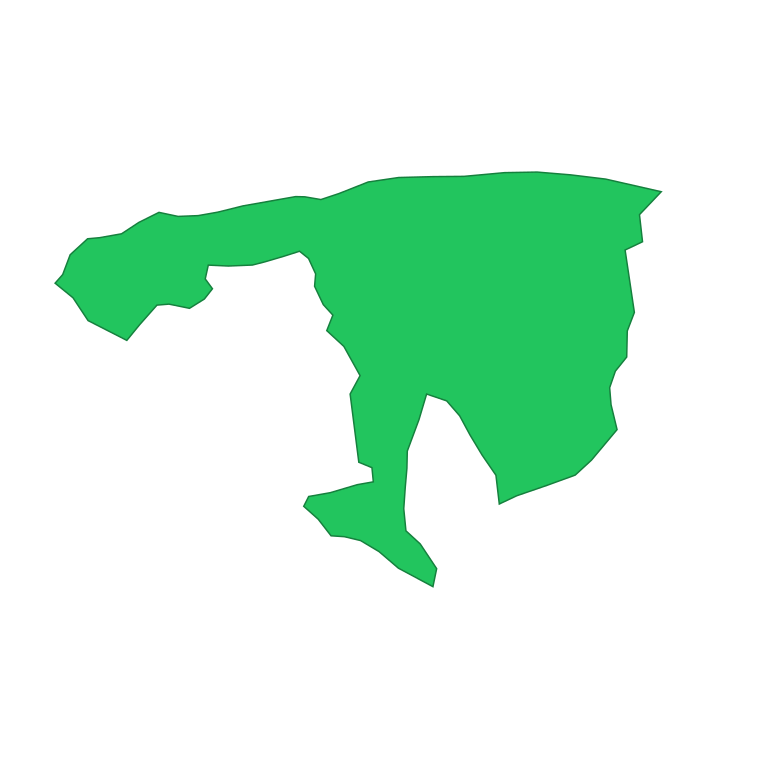 outline of Klepini, Cyprus, rotated 170°
{"feature_id": "46923920B25595466119807", "entity_name": "Klepini", "entity_type": "district", "adm_level": 2, "iso_a3": "CYP", "parent_name": "Cyprus", "parent_adm1": "", "projection": "mercator", "projection_center": [33.461, 35.306], "detail": "fine", "context": "isolated", "style": "filled", "palette": "green", "viewbox_px": 768, "rotation_deg": 170, "n_neighbors": 0, "source": "geoboundaries", "source_scale": "gbopen_adm2", "svg_char_len": 1310}
<svg xmlns="http://www.w3.org/2000/svg" viewBox="0 0 768 768"><g transform="rotate(170 384 384)"><path d="M690.4,540.4L675.3,522.9L664.4,497.8L629.7,471.6L614.5,484.7L593.9,501.1L581.9,500.0L562.4,492.3L546.1,498.9L536.4,507.6L541.8,518.5L536.4,531.6L516.8,527.2L492.9,524.0L479.9,525.0L460.4,527.2L444.1,529.4L436.5,520.7L432.2,504.3L435.4,492.3L430.0,472.7L422.4,460.7L431.1,446.5L417.0,428.0L406.1,396.4L419.1,380.0L422.4,311.3L410.4,303.7L411.5,289.5L427.8,289.5L456.0,286.3L477.7,286.3L484.3,277.5L472.3,262.3L462.5,243.7L449.5,240.5L434.3,233.9L418.0,219.8L401.8,200.1L371.0,175.9L364.2,193.0L376.1,220.2L387.9,235.6L386.2,257.7L381.1,278.2L376.1,296.9L372.7,313.9L355.7,342.9L343.8,366.7L325.2,356.5L315.0,339.5L308.2,319.0L299.7,296.9L289.6,274.7L291.3,245.8L272.6,250.9L240.4,256.0L211.5,261.1L192.9,273.0L162.4,298.6L164.0,324.2L162.4,341.2L153.9,356.5L140.3,368.4L135.2,394.0L125.0,411.0L123.3,474.1L104.7,479.2L103.0,506.4L77.6,525.2L130.1,547.3L164.0,557.6L196.3,566.1L228.5,571.2L269.2,574.6L299.7,579.7L333.7,584.8L364.5,585.7L395.2,579.4L414.1,576.6L429.5,582.1L438.5,583.9L459.3,583.9L491.8,583.9L518.0,582.1L537.8,582.1L557.7,584.8L575.8,592.1L597.4,585.7L616.4,577.5L639.0,577.5L650.7,578.5L670.6,565.8L681.4,547.6L690.4,540.4Z" fill="#22c55e" stroke="#15803d" stroke-width="1.5"/></g></svg>